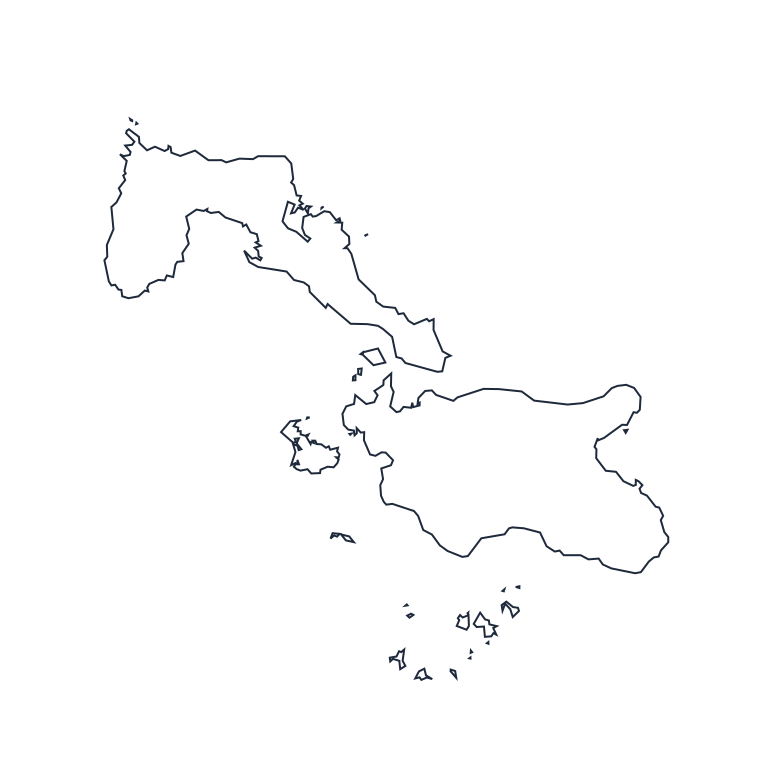 Esa'ala District, Milne Bay, Papua New Guinea (Mercator projection), rotated 171°
{"feature_id": "67681753B65258827036221", "entity_name": "Esa'ala District", "entity_type": "district", "adm_level": 2, "iso_a3": "PNG", "parent_name": "Papua New Guinea", "parent_adm1": "Milne Bay", "projection": "mercator", "projection_center": [150.879, -9.618], "detail": "fine", "context": "isolated", "style": "outline", "palette": "slate", "viewbox_px": 768, "rotation_deg": 171, "n_neighbors": 0, "source": "geoboundaries", "source_scale": "gbopen_adm2", "svg_char_len": 6180}
<svg xmlns="http://www.w3.org/2000/svg" viewBox="0 0 768 768"><g transform="rotate(171 384 384)"><path d="M165.5,157.8L159.7,158.0L150.2,167.2L144.7,170.5L139.8,170.6L136.5,176.3L128.0,183.2L127.2,188.4L130.3,193.9L131.9,206.3L128.9,210.1L131.5,218.9L134.9,220.3L141.8,232.7L147.1,236.1L148.0,240.6L144.6,243.7L147.9,248.2L150.3,249.9L151.1,244.9L153.8,244.4L162.7,250.5L168.6,261.0L178.5,263.6L186.0,277.5L184.4,286.3L185.9,289.0L181.3,297.1L181.6,294.8L175.2,296.3L155.2,306.5L150.4,305.5L141.9,317.1L138.7,316.0L135.4,318.5L132.6,331.1L137.6,341.0L144.9,345.3L153.8,345.6L159.7,344.3L169.0,337.5L190.5,334.0L205.9,335.0L238.3,344.1L249.2,355.1L271.4,361.0L286.4,363.6L313.5,359.3L318.1,356.5L334.3,365.1L337.7,370.2L344.4,370.7L352.2,364.8L353.9,359.2L351.7,360.0L352.2,357.3L358.8,356.6L359.0,361.1L360.9,356.3L368.3,358.3L372.5,354.5L376.1,354.3L381.4,360.9L375.7,374.7L377.5,380.6L375.2,393.3L383.8,387.7L384.8,383.1L394.6,378.6L392.1,373.9L396.5,367.6L404.7,367.0L414.1,377.6L416.7,369.0L424.8,367.8L429.7,361.0L430.1,349.8L426.5,344.6L421.0,342.7L421.1,337.9L418.6,339.6L417.9,344.7L414.6,339.7L411.1,339.5L412.6,331.5L408.8,316.6L403.7,314.4L397.1,316.9L393.1,316.0L387.0,307.3L389.8,302.7L399.9,301.0L399.8,290.2L403.5,284.7L404.4,274.1L402.7,267.7L400.6,264.5L394.5,264.3L374.2,253.8L370.9,248.3L368.1,233.7L360.2,227.8L354.1,215.9L347.3,209.1L333.7,201.0L328.1,200.9L312.0,216.4L288.4,216.7L283.1,221.9L279.6,222.3L268.4,219.6L253.1,212.9L248.8,198.3L241.5,191.8L236.6,192.0L233.3,186.8L216.5,184.1L209.5,178.8L199.3,178.0L196.1,171.5L188.3,166.3L165.5,157.8ZM324.5,387.4L319.3,400.2L313.8,401.5L321.0,407.0L326.6,429.6L324.8,440.3L329.6,438.9L331.5,441.6L345.0,438.3L350.0,442.7L353.6,450.8L358.8,450.8L361.0,457.4L372.7,460.6L378.7,466.5L379.1,473.1L392.7,491.3L395.9,517.7L398.8,523.8L401.7,524.3L396.3,527.7L395.5,535.1L401.7,543.0L400.0,549.9L405.3,550.9L401.7,552.2L401.9,554.6L405.6,553.2L410.6,562.2L416.0,564.0L424.7,560.5L428.2,560.5L429.7,563.2L437.3,561.6L440.4,550.9L438.8,543.6L434.0,539.2L437.1,536.5L446.8,548.1L454.5,552.8L458.8,560.6L450.4,579.0L444.2,575.2L449.1,567.1L445.3,567.4L441.3,571.6L436.1,568.5L439.6,573.7L436.0,574.8L439.1,578.4L436.5,582.7L440.8,583.9L441.7,594.5L444.2,597.5L441.6,600.7L441.1,616.3L446.3,624.4L472.7,628.7L478.2,626.6L491.5,629.2L505.2,627.6L509.4,630.5L522.4,632.5L534.1,644.1L549.5,641.1L557.8,645.7L557.7,651.4L559.6,652.9L560.4,649.8L564.2,648.4L573.1,654.2L581.5,651.9L587.9,660.3L587.4,666.4L596.1,675.5L598.5,674.3L599.5,672.0L592.6,662.4L595.4,659.6L602.3,660.0L598.0,652.8L599.3,650.0L605.5,649.8L608.9,652.2L603.2,644.6L607.1,634.9L606.2,632.3L608.9,630.7L607.7,625.9L615.3,618.8L613.7,613.4L619.8,605.2L625.6,601.5L627.0,579.2L636.0,564.6L637.4,553.0L640.8,549.9L639.7,528.4L637.8,524.0L634.0,524.1L631.5,518.8L628.7,518.0L628.8,511.6L623.0,508.7L612.8,509.0L605.6,513.7L602.3,512.3L602.8,516.3L600.1,519.6L590.5,522.1L584.4,520.6L581.5,525.2L575.5,522.6L571.3,534.5L569.1,537.0L562.8,536.7L562.7,544.8L554.9,553.1L555.8,561.8L552.1,567.7L553.2,580.3L541.9,585.6L535.0,583.1L531.1,584.5L531.8,582.4L528.3,580.0L520.3,579.8L514.6,573.3L498.9,565.1L498.6,561.7L495.1,563.1L492.2,554.8L486.2,551.9L485.6,544.8L488.6,543.9L484.0,539.8L490.4,538.9L487.5,535.2L487.8,529.6L485.1,527.6L486.8,525.5L490.9,528.9L494.6,528.4L501.3,537.6L497.9,525.4L489.9,519.2L462.6,510.3L456.6,500.8L447.4,496.9L442.8,492.3L442.9,486.5L429.6,468.3L427.2,471.8L407.5,448.7L390.9,445.7L380.8,442.4L376.4,438.5L368.6,429.3L367.6,408.7L362.6,406.5L359.6,401.4L329.4,387.7L324.5,387.4ZM469.8,307.0L461.1,306.0L460.1,309.3L452.6,311.1L446.8,309.6L442.5,313.1L440.6,316.5L442.7,319.1L440.2,318.6L439.0,321.4L440.9,324.8L439.4,328.3L447.4,327.5L448.3,331.1L451.3,330.1L455.3,334.2L459.8,335.2L460.8,338.8L463.4,339.2L462.5,336.7L465.1,338.1L465.9,336.2L469.4,345.0L474.2,347.2L473.7,350.5L476.6,350.8L475.5,354.3L479.8,356.5L475.9,360.5L471.4,361.4L482.5,361.8L493.2,352.6L482.9,340.2L480.0,340.6L480.7,343.9L476.6,343.7L479.6,339.0L475.8,332.5L478.6,332.1L479.1,336.5L483.2,338.7L482.1,330.6L488.4,318.4L483.8,319.8L481.9,318.5L481.4,322.6L480.5,318.0L483.9,318.6L486.0,316.4L483.6,313.6L480.0,311.5L472.9,311.8L469.8,307.0ZM323.9,118.5L317.5,118.0L314.9,120.8L312.3,118.9L314.3,125.9L310.5,127.2L317.5,130.1L317.4,134.0L321.0,135.7L324.8,143.1L332.9,133.0L330.5,129.5L323.2,128.8L323.9,118.5ZM391.4,404.2L379.3,405.0L384.4,420.0L399.8,418.6L400.3,416.1L391.4,404.2ZM347.7,141.1L346.6,139.0L350.0,133.6L340.9,128.4L338.0,131.7L336.7,142.4L342.9,141.1L345.0,143.9L347.7,141.1ZM418.2,111.1L412.2,108.2L412.6,99.8L407.0,102.2L408.9,107.7L405.6,118.6L409.0,116.5L410.9,117.7L414.3,112.9L421.1,112.8L421.2,109.0L418.2,111.1ZM387.6,87.4L382.5,85.0L388.1,89.6L388.7,96.5L394.4,94.7L399.2,88.3L394.8,88.7L393.4,85.9L387.6,87.4ZM294.5,141.8L293.3,133.7L286.2,138.7L286.7,142.0L291.5,143.5L297.2,149.9L302.4,147.2L302.4,141.5L298.7,148.1L294.5,141.8ZM449.9,242.1L446.1,235.5L438.5,232.5L442.2,238.9L449.9,242.1ZM458.1,244.7L461.0,239.7L456.9,242.2L454.3,240.6L451.2,242.9L458.1,244.7ZM434.7,569.7L432.5,564.4L431.1,569.3L428.4,570.7L432.7,571.9L434.7,569.7ZM407.2,402.9L407.9,397.8L405.3,396.6L403.6,402.8L407.2,402.9ZM362.8,91.5L363.2,89.9L358.6,82.5L358.6,89.4L362.8,91.5ZM397.3,151.6L395.4,149.2L391.1,151.3L393.2,152.9L397.3,151.6ZM410.8,397.1L413.3,396.0L414.2,392.4L411.6,392.2L410.8,397.1ZM154.1,300.8L152.9,297.9L150.7,300.7L154.1,300.8ZM281.9,163.1L285.6,162.9L282.2,161.3L281.9,163.1ZM376.3,534.5L379.2,533.8L379.9,533.1L376.3,534.5ZM462.7,362.7L465.1,363.0L465.6,361.9L462.7,362.7ZM297.2,162.4L299.3,161.1L298.1,160.5L297.2,162.4ZM396.0,162.7L397.6,161.7L395.4,161.7L396.0,162.7ZM339.9,107.1L340.4,104.9L338.9,105.3L339.9,107.1ZM321.3,112.8L322.9,111.9L321.5,111.1L321.3,112.8ZM593.3,685.5L593.1,684.0L591.6,683.1L591.4,683.8L593.3,685.5ZM466.5,346.0L468.7,345.5L467.4,344.8L466.5,346.0ZM415.9,568.7L418.1,568.0L418.3,567.3L415.9,568.7ZM423.9,340.1L425.9,340.1L425.3,339.1L423.9,340.1ZM336.6,145.0L338.1,144.1L336.8,144.4L336.6,145.0ZM587.7,680.8L588.2,679.4L586.9,679.7L587.7,680.8ZM401.0,418.0L402.5,417.2L401.7,416.8L401.0,418.0ZM341.4,100.4L342.6,99.7L341.5,99.3L341.4,100.4Z" fill="none" stroke="#1e293b" stroke-width="2"/></g></svg>